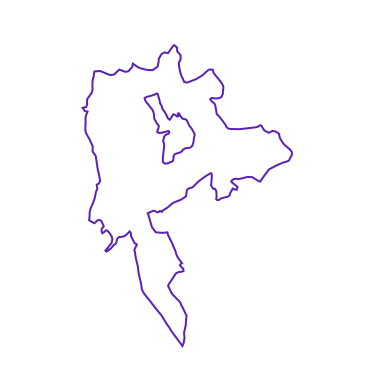 the district of Kafr Al-Shaykh, Kafr ash Shaykh, Egypt, rotated 165°
{"feature_id": "37247803B58059087530492", "entity_name": "Kafr Al-Shaykh", "entity_type": "district", "adm_level": 2, "iso_a3": "EGY", "parent_name": "Egypt", "parent_adm1": "Kafr ash Shaykh", "projection": "albers", "projection_center": [30.959, 31.2], "detail": "fine", "context": "isolated", "style": "outline", "palette": "violet", "viewbox_px": 384, "rotation_deg": 165, "n_neighbors": 0, "source": "geoboundaries", "source_scale": "gbopen_adm2", "svg_char_len": 6095}
<svg xmlns="http://www.w3.org/2000/svg" viewBox="0 0 384 384"><g transform="rotate(165 192 192)"><path d="M241.1,45.7L238.9,48.7L238.1,50.8L237.0,52.9L236.5,56.3L235.9,58.4L234.9,60.5L232.8,64.4L231.2,68.6L230.9,69.9L229.3,73.8L230.3,79.1L230.8,82.0L231.6,85.2L231.8,87.8L232.6,89.7L237.7,98.9L239.4,107.4L238.6,108.7L234.4,112.3L228.7,117.5L226.6,118.0L224.5,118.0L222.7,117.7L221.7,117.7L220.6,117.9L220.3,120.3L221.1,121.1L222.6,124.3L221.6,125.3L220.8,125.6L220.0,125.8L220.3,126.6L221.3,128.8L222.8,133.0L223.3,136.2L223.3,140.1L224.0,143.5L224.3,146.7L225.5,153.0L225.8,154.4L226.0,155.4L226.3,157.0L226.2,159.4L230.8,160.1L237.5,162.5L239.8,168.4L240.1,183.1L239.6,183.0L235.9,183.7L233.8,183.9L231.2,181.8L230.7,181.3L228.7,181.5L227.9,182.0L226.1,180.6L225.5,181.5L223.2,182.2L220.6,183.0L218.2,184.0L213.5,186.3L211.5,186.6L204.4,187.5L201.3,188.5L199.0,189.3L198.2,191.1L196.3,195.3L194.7,196.1L192.4,196.3L191.1,196.3L190.4,196.5L189.3,196.8L186.7,198.4L184.3,199.9L181.4,201.2L178.1,202.5L173.9,204.0L171.8,204.6L170.2,205.0L169.7,205.1L168.7,205.2L168.4,203.4L170.0,198.4L171.1,195.5L171.9,193.4L170.6,189.5L169.1,189.2L168.3,187.1L168.6,185.0L169.4,181.3L169.9,180.0L170.5,178.9L169.7,177.6L168.1,177.3L165.8,178.3L162.7,178.3L158.2,178.3L155.9,179.5L155.6,180.9L151.7,184.8L150.1,183.4L148.3,182.6L147.1,184.5L146.7,184.9L147.8,186.6L149.3,188.7L150.1,189.7L151.4,191.9L150.8,192.6L148.5,193.7L145.9,193.4L143.3,192.3L141.2,192.3L137.6,192.2L134.5,192.2L130.7,191.0L130.1,190.8L124.7,185.2L123.4,184.4L122.4,185.3L121.3,186.2L117.3,189.6L113.9,192.2L111.6,194.0L102.2,196.0L98.8,196.5L97.0,196.7L94.9,196.9L92.6,196.9L90.5,197.2L89.7,197.9L88.1,199.8L86.0,201.8L85.5,203.2L85.3,205.3L86.5,207.9L90.4,213.5L91.4,215.6L92.4,218.8L92.9,220.1L93.1,221.7L93.1,224.8L92.7,225.5L93.9,227.0L95.4,228.6L96.2,229.1L97.2,229.6L98.5,230.2L100.6,229.7L102.7,229.4L106.3,232.9L107.6,237.4L108.3,238.7L109.9,238.7L111.5,238.0L113.8,238.0L115.9,238.3L117.3,238.5L118.2,238.6L121.3,239.1L122.0,239.2L129.4,240.3L132.5,241.1L136.1,242.2L137.4,242.5L139.5,243.3L140.5,243.9L141.8,245.7L142.3,248.4L146.1,257.9L147.9,260.8L147.1,270.0L147.6,272.1L149.1,273.7L150.4,276.9L148.6,277.7L144.4,276.0L141.0,275.7L138.9,276.2L136.6,279.1L136.3,280.7L134.7,284.6L134.4,286.2L134.9,288.6L136.0,291.7L137.3,294.6L140.3,301.3L140.3,304.7L141.3,305.0L142.1,305.5L143.6,305.8L144.9,305.5L146.2,304.8L148.1,304.0L149.4,303.2L151.2,302.2L154.6,301.2L159.0,299.9L161.4,299.7L167.6,299.0L168.9,299.0L169.2,299.2L169.7,299.5L170.2,300.3L171.0,300.3L171.2,300.9L171.2,301.2L171.6,304.4L172.0,305.6L172.2,306.9L172.2,308.5L172.4,310.1L172.4,311.1L172.2,312.7L172.1,315.9L171.6,319.0L171.1,320.6L169.5,321.9L168.4,323.7L168.2,325.0L168.0,325.5L168.0,326.4L167.6,326.9L167.6,327.1L169.4,330.6L169.9,331.9L169.6,333.2L169.1,335.1L169.9,336.7L170.4,337.2L171.0,338.3L171.9,338.3L172.2,338.2L179.3,332.3L182.5,334.0L185.8,333.1L187.8,331.1L189.6,329.2L190.7,326.1L191.3,324.9L192.8,322.1L193.9,321.5L198.7,319.9L203.7,321.5L209.6,324.7L211.7,326.4L212.3,327.0L215.9,331.3L217.4,328.2L222.2,325.1L225.3,325.3L230.6,329.1L236.9,325.6L240.9,326.2L244.0,328.5L249.2,332.5L249.5,332.7L252.4,333.2L255.0,333.7L255.9,332.0L257.3,328.5L258.3,327.2L258.7,326.4L259.3,324.9L259.5,324.5L260.1,322.4L260.9,319.4L261.7,316.2L263.5,313.5L264.1,313.0L265.8,311.6L267.9,309.9L268.3,309.7L269.6,308.1L270.1,306.1L270.2,305.5L270.6,304.0L270.7,303.7L272.2,301.5L274.4,301.6L275.8,301.6L274.5,297.9L273.5,297.4L272.4,296.9L272.1,296.7L273.8,294.4L274.5,293.3L275.4,292.0L277.2,285.3L277.6,284.2L278.2,282.2L278.4,281.5L278.8,280.2L279.1,278.8L279.1,278.4L279.1,276.5L278.2,272.5L277.4,269.8L276.9,266.6L276.1,261.5L276.8,259.4L277.5,257.0L276.9,254.8L276.1,253.4L275.7,251.6L277.2,238.2L277.3,233.3L277.9,226.4L278.2,226.1L279.8,224.3L282.1,223.8L282.6,219.6L284.0,218.0L285.3,215.9L286.6,213.0L288.4,209.9L290.8,206.5L291.9,205.2L293.7,203.1L295.5,200.2L296.6,197.4L296.9,195.8L298.7,191.3L294.4,187.1L293.0,187.6L292.0,188.4L291.2,188.9L289.1,189.1L287.1,187.8L286.1,181.7L288.7,179.9L289.5,177.8L289.3,175.4L288.0,175.7L286.9,176.2L285.1,177.2L284.6,177.2L283.5,176.1L283.0,175.3L282.5,174.0L282.0,173.0L281.0,169.3L281.3,166.6L282.1,165.1L282.9,163.5L285.5,161.7L287.8,159.9L290.8,157.8L289.9,156.5L289.2,156.7L288.9,156.7L288.4,157.2L287.3,157.5L285.0,158.5L282.9,159.8L282.1,160.6L279.0,161.9L277.9,163.2L276.9,165.3L275.8,166.6L274.0,167.3L271.9,167.0L269.1,166.7L266.5,167.8L264.1,169.0L262.5,170.1L261.8,168.5L261.8,167.4L262.3,165.1L260.8,157.7L258.8,155.6L259.8,154.3L260.9,153.2L261.9,151.9L262.7,151.1L262.7,148.8L263.0,146.4L263.3,143.0L263.6,133.8L264.5,128.2L264.8,123.2L264.8,118.5L265.1,115.1L265.6,110.9L265.1,108.0L264.1,105.1L262.6,101.6L260.8,97.7L258.5,92.1L256.2,86.8L253.4,80.7L250.6,71.2L248.9,66.7L247.9,63.0L241.1,45.7ZM211.3,232.6L208.1,240.8L206.8,243.9L206.5,246.8L206.8,248.6L204.4,252.8L202.8,253.9L199.2,254.6L198.4,255.6L198.9,257.0L203.1,257.0L205.4,257.0L208.8,257.6L210.1,259.0L209.0,261.0L207.7,262.6L206.9,264.7L208.2,267.4L208.9,270.5L209.2,271.3L209.4,272.4L209.4,272.6L209.1,274.5L208.6,277.1L208.6,279.5L209.1,282.1L211.9,288.5L212.6,289.8L213.4,292.4L213.6,294.5L213.4,295.1L211.0,295.6L206.9,295.5L204.0,295.7L202.7,295.7L201.4,296.2L200.4,296.2L199.9,295.9L199.7,295.2L199.7,287.8L199.9,285.9L199.7,285.7L198.9,282.2L199.2,281.2L198.7,278.8L197.9,277.2L196.7,272.7L196.4,269.8L194.9,267.6L193.9,268.2L189.9,271.9L188.9,271.3L187.9,270.3L187.2,269.2L186.8,268.7L186.3,268.7L185.8,268.7L185.3,271.5L184.5,271.5L184.0,270.7L183.7,268.9L182.2,265.2L180.4,264.4L179.1,263.6L178.3,262.2L178.1,260.7L177.8,258.5L177.6,257.2L176.6,254.9L176.1,253.8L175.3,251.1L175.0,249.6L174.5,248.0L174.7,246.7L174.8,246.1L175.6,244.6L176.7,242.2L177.5,240.1L178.8,238.0L179.8,236.5L181.9,235.4L182.4,235.4L183.5,235.4L186.6,236.0L189.7,235.3L191.0,234.0L193.6,233.2L197.3,233.2L198.6,233.0L199.9,232.2L200.7,231.2L201.2,229.1L201.5,228.3L201.7,227.8L202.0,227.5L202.3,227.0L202.5,226.9L203.8,226.5L206.2,226.3L208.3,226.0L210.6,226.3L212.4,228.4L211.3,232.6Z" fill="none" stroke="#5b21b6" stroke-width="2"/></g></svg>